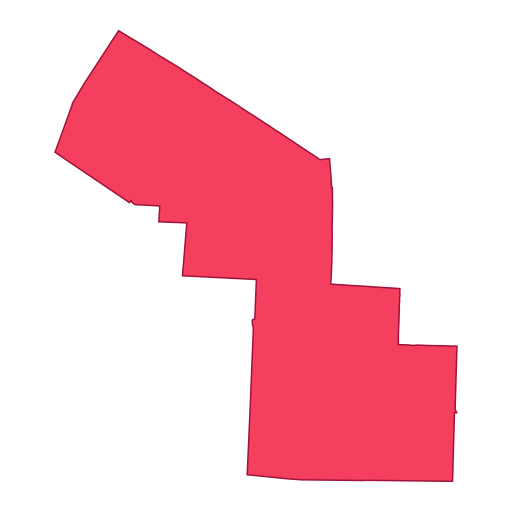 Vadastra, Olt, Romania (Albers equal-area conic projection)
{"feature_id": "2599482B83559341679442", "entity_name": "Vadastra", "entity_type": "district", "adm_level": 2, "iso_a3": "ROU", "parent_name": "Romania", "parent_adm1": "Olt", "projection": "albers", "projection_center": [24.394, 43.851], "detail": "fine", "context": "isolated", "style": "filled", "palette": "rose", "viewbox_px": 512, "rotation_deg": 0, "n_neighbors": 0, "source": "geoboundaries", "source_scale": "gbopen_adm2", "svg_char_len": 3602}
<svg xmlns="http://www.w3.org/2000/svg" viewBox="0 0 512 512"><path d="M452.5,481.3L452.6,478.3L452.9,469.6L453.0,463.6L453.7,439.8L454.5,412.5L456.7,412.7L455.1,409.2L456.8,351.8L457.0,346.2L455.6,346.1L454.0,346.1L452.0,346.0L449.5,346.0L447.3,345.9L445.5,345.8L444.1,345.8L441.4,345.7L438.4,345.7L435.6,345.6L432.5,345.6L429.1,345.5L426.9,345.5L423.5,345.3L419.9,345.2L415.9,345.1L415.2,345.2L414.5,345.4L413.2,345.4L411.2,345.3L410.3,345.1L407.3,344.9L403.9,344.8L400.1,344.7L398.4,344.6L398.4,344.0L398.4,342.0L398.4,340.6L398.4,339.2L398.4,337.0L398.5,332.0L398.6,328.9L398.7,326.0L398.8,324.3L398.9,322.5L399.0,319.9L399.0,317.7L399.1,315.9L399.1,314.0L399.2,311.6L399.3,309.3L399.3,308.3L399.4,306.6L399.2,305.8L399.3,305.1L399.3,303.9L399.6,301.9L399.6,299.9L399.6,297.5L399.7,296.7L400.0,295.5L399.9,294.5L399.8,292.0L399.9,288.6L394.3,288.2L383.3,287.5L380.3,287.3L375.4,287.0L367.9,286.5L366.6,286.4L361.6,286.1L358.3,285.9L353.1,285.6L349.9,285.4L347.8,285.3L344.8,285.0L342.2,284.8L338.5,284.6L335.1,284.4L330.6,284.1L330.8,281.8L331.0,279.9L331.1,278.2L331.2,275.7L331.3,273.9L331.4,271.7L331.5,270.0L331.5,267.7L331.6,266.2L331.8,263.2L331.8,261.5L331.8,260.2L331.9,258.2L331.9,256.6L332.0,254.2L331.9,252.6L332.0,251.0L332.1,249.4L332.1,247.1L332.1,245.1L332.1,243.4L332.1,242.4L332.1,241.9L332.1,240.6L332.1,238.7L332.1,237.2L332.3,236.4L332.3,235.6L332.2,234.4L332.1,230.8L332.1,225.8L332.2,223.1L332.3,219.3L332.4,215.3L332.5,211.6L332.5,209.5L332.5,206.8L332.6,203.9L332.5,200.5L332.5,199.2L332.4,197.2L332.4,195.5L332.4,193.2L332.4,191.7L332.4,188.8L332.3,187.4L331.6,187.4L331.5,185.2L331.3,181.8L330.8,174.8L330.5,171.2L330.3,168.4L329.9,163.6L329.5,158.6L328.0,158.7L326.4,158.9L325.0,159.1L321.8,159.4L319.6,159.7L318.1,158.4L317.0,157.6L314.6,155.9L312.4,154.5L308.6,152.1L305.3,149.8L304.0,149.0L302.6,148.0L301.1,147.1L299.0,145.6L297.8,144.8L295.7,143.5L294.0,142.3L291.9,140.9L291.2,140.5L289.1,139.1L286.9,137.6L284.0,135.6L281.8,134.2L279.0,132.3L277.4,131.3L275.3,130.0L273.5,128.8L272.1,127.9L271.0,127.1L269.6,126.1L268.0,125.0L266.8,124.3L265.1,123.2L262.8,121.7L261.4,120.7L259.2,119.4L257.2,118.1L256.1,117.3L254.1,116.0L252.4,114.9L250.9,114.0L249.6,113.2L248.0,112.1L246.8,111.4L245.0,110.2L243.6,109.3L243.5,109.2L242.7,108.7L241.5,107.9L240.1,107.0L238.6,106.0L236.9,104.9L235.6,104.0L234.4,103.1L233.2,102.4L232.5,102.0L231.5,101.3L230.4,100.5L229.5,100.0L228.7,99.5L228.0,99.1L227.4,98.8L227.0,98.6L226.7,98.4L226.0,98.0L225.4,97.6L224.0,96.7L222.6,95.8L220.8,94.6L219.8,94.0L218.6,93.2L217.3,92.7L216.4,92.1L215.3,91.3L214.3,90.6L213.0,89.7L211.6,88.7L209.1,87.0L206.4,85.3L202.8,83.0L199.1,80.5L196.9,79.1L193.9,77.2L191.2,75.4L188.8,74.0L186.9,72.7L185.6,71.9L183.5,70.6L181.8,69.4L180.7,68.7L179.3,67.8L177.7,66.8L175.4,65.4L173.6,64.3L170.6,62.4L169.0,61.5L166.7,60.1L165.5,59.4L163.1,57.9L160.5,56.4L158.8,55.3L157.0,54.2L155.0,52.8L152.8,51.5L149.5,49.3L145.4,46.9L141.4,44.4L138.3,42.6L137.9,42.3L135.5,40.8L133.1,39.5L131.0,38.3L128.5,36.7L126.6,35.6L121.2,32.3L118.6,30.7L118.0,31.7L115.8,35.0L84.0,83.8L72.7,102.8L72.0,104.5L72.1,105.3L70.2,110.3L67.6,117.4L60.3,137.8L55.0,152.2L70.1,162.5L72.8,164.3L129.0,202.3L129.3,202.6L131.2,200.5L131.4,201.3L131.7,202.0L133.3,203.4L134.7,204.4L136.1,204.7L148.9,205.3L159.8,206.0L158.8,221.8L186.8,222.9L182.5,275.8L256.4,279.5L255.5,302.4L254.8,319.0L253.4,319.3L252.3,320.0L252.2,321.6L252.6,325.4L253.4,327.9L250.1,409.0L247.2,474.8L248.1,474.8L249.1,474.9L262.8,476.3L287.5,478.8L301.2,479.8L362.8,480.5L366.1,480.3L393.2,480.6L452.5,481.3Z" fill="#f43f5e" stroke="#9f1239" stroke-width="1.5"/></svg>